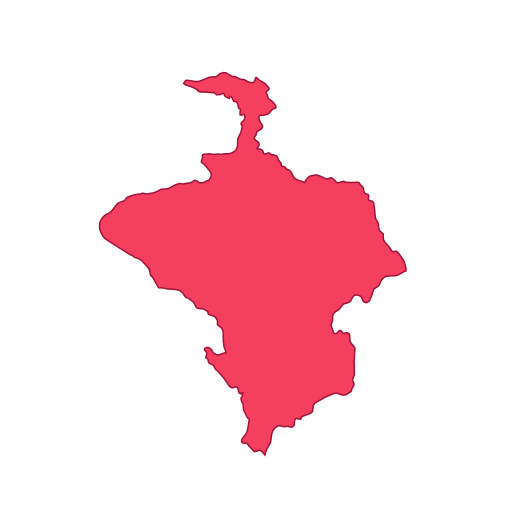 outline of Gorno-Badakhshan, rotated 69°
{"feature_id": "TJK-366", "entity_name": "Gorno-Badakhshan", "entity_type": "Region", "adm_level": 1, "iso_a3": "TJK", "parent_name": "Tajikistan", "parent_adm1": "", "projection": "albers", "projection_center": [72.466, 38.073], "detail": "fine", "context": "isolated", "style": "filled", "palette": "rose", "viewbox_px": 512, "rotation_deg": 69, "n_neighbors": 0, "source": "natural_earth", "source_scale": "10m", "svg_char_len": 6114}
<svg xmlns="http://www.w3.org/2000/svg" viewBox="0 0 512 512"><g transform="rotate(69 256 256)"><path d="M314.6,119.7L321.5,120.4L323.7,121.4L323.6,123.3L324.5,128.9L324.6,130.9L324.5,132.5L322.2,139.3L321.6,142.2L322.1,145.0L323.9,148.1L327.1,151.2L327.9,152.6L329.1,157.5L329.9,158.7L334.5,162.2L337.0,164.9L338.1,165.6L338.9,167.3L339.2,168.9L338.8,170.4L337.7,171.6L336.1,172.2L332.4,172.2L330.7,173.1L329.7,174.2L328.6,175.8L328.0,177.6L328.3,179.3L329.2,180.8L331.5,183.2L332.3,184.6L332.6,186.5L332.2,190.8L332.5,192.3L335.3,196.9L335.8,198.3L336.6,202.3L337.3,203.8L338.7,205.4L340.1,206.2L342.8,207.3L344.2,208.0L346.5,210.1L347.7,210.8L355.1,211.0L356.3,210.6L357.3,209.0L356.7,207.5L355.7,205.9L355.6,204.0L356.2,203.5L359.2,202.4L359.7,201.8L359.9,199.3L361.0,197.7L362.0,196.9L363.3,196.9L368.1,198.5L369.5,198.7L371.2,198.6L376.5,196.7L378.1,196.9L389.1,202.0L402.1,206.7L406.1,210.2L407.8,210.4L409.6,210.2L411.0,210.5L412.2,211.4L414.2,214.1L416.1,215.3L416.6,215.9L417.6,220.4L417.7,222.3L417.3,224.1L416.4,225.7L413.3,229.4L412.6,231.0L412.3,232.8L412.6,242.1L414.3,253.3L415.9,256.0L421.4,258.9L422.4,261.6L422.3,267.8L422.5,271.0L422.8,271.5L424.3,272.6L424.2,273.3L422.9,275.5L422.4,275.8L422.1,276.3L422.3,277.6L422.7,278.3L423.3,278.8L427.3,280.9L428.2,281.8L428.6,283.6L428.3,284.5L426.1,288.1L425.6,290.7L422.8,294.9L422.5,296.8L423.4,300.2L425.2,302.9L427.6,305.0L434.7,308.9L436.1,310.1L440.2,315.2L442.5,317.3L445.0,319.0L441.2,320.3L439.4,321.3L438.5,323.0L438.4,326.6L437.8,327.8L430.6,330.8L428.8,331.1L427.4,332.0L425.9,335.3L424.3,336.1L422.0,334.9L418.3,328.9L416.0,326.6L405.9,320.7L403.7,322.0L395.2,322.7L391.7,321.8L390.0,321.1L387.1,321.5L384.0,321.2L383.2,320.9L382.1,319.0L381.3,318.6L380.4,318.6L379.5,319.3L379.1,318.0L378.2,320.7L376.4,321.0L374.1,320.4L372.0,320.5L370.8,321.8L370.7,325.1L369.3,326.9L367.5,327.7L358.9,329.6L353.0,331.8L351.4,332.2L347.1,334.4L343.7,334.8L342.2,335.3L339.3,338.1L338.2,338.4L335.2,337.9L334.4,338.2L333.2,339.2L332.4,339.3L330.1,336.9L328.5,336.7L325.2,337.8L324.0,337.1L323.6,335.0L324.5,333.1L326.2,331.7L327.8,331.1L330.8,330.7L331.9,330.1L333.2,329.0L334.5,327.4L335.0,326.0L335.0,321.9L335.5,318.6L332.7,318.3L329.4,318.4L324.0,317.1L314.6,313.7L311.2,313.9L306.4,316.6L305.1,316.2L303.8,315.5L301.9,315.2L300.0,315.4L298.5,316.0L297.2,316.9L293.5,321.0L292.6,321.4L291.0,320.8L290.3,321.1L287.3,323.4L286.1,324.9L284.8,327.8L283.9,329.1L282.4,330.2L276.8,330.8L271.3,334.2L269.6,336.3L267.6,337.0L264.0,337.7L260.9,339.6L258.6,342.8L255.0,350.4L251.8,355.5L251.3,357.4L250.6,358.3L239.0,360.1L236.3,361.4L231.0,360.4L227.5,361.1L219.6,364.3L216.5,366.4L213.8,369.8L211.2,371.3L209.1,373.5L186.3,390.4L183.3,391.6L179.4,392.3L175.6,392.3L172.0,391.4L168.7,389.7L166.1,386.9L165.0,385.2L164.2,383.3L163.6,381.3L163.1,376.8L162.4,374.8L158.0,367.6L157.3,365.8L157.1,363.7L157.2,359.7L156.9,358.5L155.1,355.4L155.0,354.2L155.2,348.3L155.9,344.3L156.3,342.8L156.9,341.9L156.6,339.6L159.5,334.7L159.6,331.9L160.1,330.7L160.3,328.7L160.2,324.5L159.7,320.8L160.0,319.4L160.9,317.2L161.6,313.3L160.6,305.4L161.0,301.1L162.6,298.5L163.3,294.5L164.3,290.5L163.3,286.4L164.0,284.7L166.9,282.9L168.1,281.1L168.4,279.4L168.5,277.1L168.1,273.8L168.7,273.1L166.4,270.2L164.1,268.5L161.3,268.3L151.9,271.5L148.9,273.4L147.3,272.6L144.4,270.2L143.6,270.1L143.0,270.3L142.6,270.0L142.3,268.8L142.4,267.8L143.2,265.6L143.8,263.1L146.1,258.8L147.2,254.8L148.7,252.0L149.2,249.2L150.7,245.0L151.1,242.8L150.7,238.4L148.9,235.5L146.3,233.7L140.0,231.0L135.3,226.0L132.4,223.8L130.3,222.6L129.3,222.4L127.3,222.7L126.5,222.1L126.0,221.2L124.9,218.7L123.4,217.1L122.5,216.6L121.6,216.3L119.8,216.3L119.2,217.0L119.4,219.2L118.6,220.2L116.8,219.7L113.7,218.1L112.8,218.3L112.0,219.1L111.5,219.4L108.9,218.7L106.5,218.7L105.2,218.9L103.7,221.3L99.2,221.7L97.8,222.5L97.8,223.2L99.3,224.4L98.6,225.5L95.2,227.9L93.4,227.7L92.7,228.1L92.4,229.0L92.4,231.8L91.3,235.1L88.5,236.3L87.7,238.7L85.4,243.1L83.3,248.4L82.3,250.0L81.5,250.8L78.9,251.9L78.0,252.5L74.6,256.0L71.0,260.5L70.4,260.9L68.8,261.7L67.1,259.1L67.0,258.0L67.9,256.0L71.3,250.3L72.3,247.5L72.5,246.4L72.6,240.9L72.3,235.8L73.1,232.7L74.0,230.4L74.2,228.7L73.7,226.2L72.9,224.8L72.8,224.0L73.1,220.7L74.2,218.4L79.5,214.1L80.5,212.8L80.8,211.4L85.4,207.3L86.9,204.0L90.5,200.9L91.4,200.0L92.8,197.7L93.0,196.5L92.7,195.3L91.8,194.2L89.6,192.5L89.3,191.9L89.6,191.5L92.9,190.0L97.2,186.4L98.4,185.6L103.7,183.7L104.7,183.9L105.6,185.2L106.3,187.6L106.7,188.0L109.7,187.8L112.1,188.1L114.1,187.7L116.7,185.8L120.5,184.2L123.5,183.8L124.5,184.2L125.0,184.8L124.8,187.6L127.5,193.0L127.8,194.4L127.5,196.5L127.4,198.6L126.3,201.2L126.3,202.3L126.9,203.4L129.2,204.1L132.5,204.0L136.4,203.2L137.4,203.4L138.4,204.1L139.2,205.1L139.6,206.7L139.8,208.6L140.2,210.0L140.9,211.1L142.9,212.6L144.8,215.1L145.3,215.4L146.2,215.4L147.4,215.0L150.7,213.0L152.1,212.8L153.1,213.1L154.1,213.8L154.9,214.8L155.8,216.3L156.2,216.6L156.5,216.4L157.4,214.1L159.2,212.3L160.2,212.0L162.6,212.1L163.3,212.0L163.9,211.4L164.2,210.5L164.2,207.9L164.4,207.0L164.8,206.5L166.6,205.7L167.6,203.7L169.9,200.9L170.7,200.6L172.0,200.5L174.3,200.6L178.7,199.3L179.7,199.5L180.7,200.2L181.1,200.1L181.5,199.7L182.6,197.8L183.2,197.2L185.6,196.4L187.4,194.6L188.5,193.7L191.8,192.9L195.5,192.7L198.2,191.5L201.4,188.4L202.8,186.2L204.9,184.5L202.8,182.0L201.0,178.3L200.8,176.9L200.9,175.6L201.2,174.6L201.4,172.5L202.3,169.9L204.7,167.2L209.0,163.0L209.6,162.0L209.8,161.1L209.6,159.2L209.8,158.1L210.3,157.3L212.9,155.7L215.5,154.7L216.5,154.0L217.0,153.2L217.3,152.3L217.4,149.5L217.7,147.2L218.6,147.2L221.7,140.4L223.4,135.1L224.3,133.6L225.7,133.2L227.3,132.9L230.1,131.5L231.5,131.5L234.0,132.1L236.5,132.0L238.8,129.4L239.6,129.1L240.8,129.4L242.7,130.6L243.9,130.7L244.8,130.1L246.2,128.3L247.0,127.6L248.3,127.2L249.6,127.3L263.5,130.9L264.7,130.9L267.9,130.2L269.5,130.3L275.6,131.7L276.7,131.6L280.4,129.6L281.3,129.4L283.6,130.3L286.3,131.1L288.7,130.9L296.3,128.1L300.6,127.3L301.1,126.3L301.3,124.9L301.8,123.4L303.7,122.1L311.9,120.0L314.6,119.7Z" fill="#f43f5e" stroke="#9f1239" stroke-width="1.5"/></g></svg>